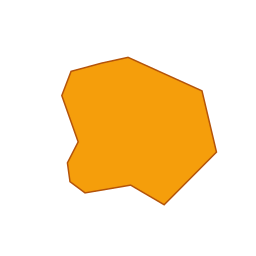 Margilan city, Ferghana, Uzbekistan, rotated 136°
{"feature_id": "79887680B77286395999691", "entity_name": "Margilan city", "entity_type": "district", "adm_level": 2, "iso_a3": "UZB", "parent_name": "Uzbekistan", "parent_adm1": "Ferghana", "projection": "mercator", "projection_center": [71.731, 40.482], "detail": "fine", "context": "isolated", "style": "filled", "palette": "amber", "viewbox_px": 256, "rotation_deg": 136, "n_neighbors": 0, "source": "geoboundaries", "source_scale": "gbopen_adm2", "svg_char_len": 321}
<svg xmlns="http://www.w3.org/2000/svg" viewBox="0 0 256 256"><g transform="rotate(136 128 128)"><path d="M207.0,129.7L204.0,111.2L165.8,85.1L155.3,47.7L81.1,49.2L49.0,103.3L78.9,178.8L101.7,192.9L129.6,208.3L153.1,197.3L173.5,152.6L195.8,145.0L207.0,129.7Z" fill="#f59e0b" stroke="#b45309" stroke-width="1.5"/></g></svg>